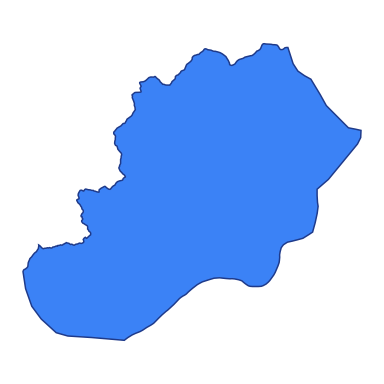 Add, Houaphan, Laos (Albers equal-area conic projection)
{"feature_id": "54806243B77566454903685", "entity_name": "Add", "entity_type": "district", "adm_level": 2, "iso_a3": "LAO", "parent_name": "Laos", "parent_adm1": "Houaphan", "projection": "albers", "projection_center": [103.803, 20.731], "detail": "fine", "context": "isolated", "style": "filled", "palette": "blue", "viewbox_px": 384, "rotation_deg": 0, "n_neighbors": 0, "source": "geoboundaries", "source_scale": "gbopen_adm2", "svg_char_len": 5765}
<svg xmlns="http://www.w3.org/2000/svg" viewBox="0 0 384 384"><path d="M287.9,47.5L286.3,47.5L284.9,47.8L284.0,48.6L283.1,49.3L282.0,49.6L280.8,49.6L280.0,49.2L279.3,48.2L278.6,46.9L277.4,45.3L276.3,44.9L274.4,44.7L273.0,44.7L271.2,44.3L269.9,44.2L265.8,44.0L265.0,43.8L264.2,43.7L263.3,43.8L262.5,44.4L261.9,45.3L261.2,47.1L260.6,48.5L259.8,49.6L258.0,50.7L256.8,51.1L255.4,52.8L253.9,54.2L253.1,54.8L252.2,55.5L250.3,55.8L246.3,56.8L245.0,57.1L243.2,58.3L239.2,59.5L237.4,60.7L236.2,62.1L235.0,63.9L233.8,64.6L232.0,65.4L231.3,65.4L230.0,64.9L229.5,64.1L229.5,63.2L228.3,60.5L227.2,58.8L225.9,56.6L224.1,55.2L222.2,53.8L220.0,52.6L218.0,52.0L215.3,51.3L213.9,51.3L212.6,50.9L211.1,50.2L207.7,49.7L206.7,49.1L205.6,48.8L204.8,48.9L204.0,49.5L203.5,50.5L202.1,51.7L200.5,52.7L198.9,54.4L197.5,54.5L196.0,55.1L194.6,55.4L193.3,56.2L192.3,57.4L192.2,58.4L192.2,59.3L190.8,61.3L188.2,63.4L187.1,64.1L186.4,65.0L184.6,69.5L183.7,70.2L182.1,70.7L181.3,71.1L180.8,71.6L180.5,72.6L179.6,73.3L179.0,74.0L178.3,74.8L177.1,75.2L176.3,75.6L175.4,76.6L175.3,78.4L174.8,79.2L172.0,81.6L171.7,82.4L171.3,83.2L170.1,84.6L169.8,85.1L166.7,85.1L165.2,84.9L164.2,84.4L163.6,84.3L162.7,84.3L162.0,83.5L160.2,81.8L159.6,80.6L158.9,79.7L157.7,78.9L156.4,77.8L155.4,76.6L154.8,76.5L153.8,77.1L150.7,77.0L148.9,77.6L146.8,79.6L146.0,80.3L144.6,81.3L143.0,81.8L142.6,81.8L140.8,82.0L140.1,82.2L139.7,82.6L139.7,83.2L141.0,85.9L141.1,86.3L140.3,87.7L140.1,88.4L140.4,89.3L141.1,91.3L141.0,91.9L140.3,92.2L139.2,92.3L135.9,92.4L135.0,92.5L134.3,92.9L133.6,93.6L132.2,94.6L132.1,94.8L132.1,95.3L132.2,95.6L132.5,95.9L132.5,96.1L132.3,97.0L132.3,97.8L133.7,101.2L134.4,103.4L134.3,105.5L135.0,107.3L135.1,108.6L135.3,109.6L134.6,110.7L133.0,113.0L132.2,114.9L131.4,116.0L128.1,118.4L127.2,119.0L126.7,119.9L126.3,120.9L125.9,121.4L125.1,123.0L124.5,123.4L123.6,123.4L123.0,123.6L122.3,124.4L120.8,126.0L119.1,126.9L117.0,128.2L116.2,129.3L115.4,130.2L114.7,131.2L114.1,131.7L113.8,132.2L113.7,133.0L113.9,134.0L115.1,135.3L115.5,136.1L115.3,138.3L115.3,139.7L114.9,140.9L114.6,143.2L115.1,144.6L115.6,145.4L116.8,145.9L117.1,146.4L117.6,148.1L117.8,149.1L118.8,150.4L119.8,151.6L121.2,153.1L121.6,154.0L121.6,155.0L121.2,156.1L121.1,158.0L120.6,159.4L120.6,163.5L120.0,164.7L119.6,165.4L119.6,166.3L119.0,167.3L118.9,168.1L119.6,169.8L120.3,171.2L121.6,172.4L122.8,173.9L124.4,175.0L125.3,176.5L125.3,177.0L124.5,177.4L123.2,178.5L123.0,179.1L122.7,179.9L122.1,180.3L119.5,180.9L117.4,181.7L116.0,183.1L114.8,185.2L113.9,185.6L112.8,186.3L112.1,187.0L110.6,188.9L110.1,189.3L109.7,189.3L108.7,189.2L107.2,188.2L106.0,187.2L105.4,186.6L105.1,186.4L104.5,186.4L101.9,187.8L101.5,188.0L100.8,188.4L100.3,189.0L99.4,189.4L99.1,190.1L99.1,191.8L98.9,192.1L98.0,192.1L96.5,191.7L95.2,191.2L94.3,191.1L93.7,190.8L93.3,190.4L92.0,190.4L91.4,190.3L90.3,189.9L88.2,189.7L86.0,189.1L85.5,189.1L84.8,189.5L83.7,191.0L83.0,190.9L81.7,190.2L80.3,190.3L79.8,190.9L78.6,193.0L78.2,194.1L78.1,195.4L78.9,197.4L79.0,198.1L79.0,198.7L77.0,199.7L76.8,200.1L76.8,200.6L77.4,201.6L77.9,202.7L79.9,204.5L80.8,206.2L81.5,207.1L82.1,209.2L82.9,209.9L83.3,210.7L83.3,211.5L83.0,212.6L82.0,213.6L81.6,214.5L81.2,215.2L81.0,215.7L81.1,216.1L81.2,216.6L81.4,216.7L81.8,216.9L82.0,216.8L82.2,218.0L82.8,219.0L82.7,219.2L82.5,219.7L81.9,220.3L81.7,220.6L81.7,221.1L81.7,221.6L82.1,222.2L82.9,223.2L84.2,223.8L84.7,224.2L85.4,224.7L86.2,225.1L86.9,225.5L87.2,225.8L87.5,226.2L87.6,226.9L87.7,227.6L87.6,229.0L88.4,229.9L88.6,230.6L88.8,231.0L89.2,231.4L90.0,232.0L90.6,232.9L90.7,233.1L90.7,233.7L90.6,234.8L90.5,235.0L89.9,235.3L86.7,238.3L86.4,238.3L85.4,237.3L85.1,237.4L84.0,238.3L83.2,239.5L83.6,240.5L83.8,241.6L83.8,241.9L83.6,242.1L83.4,242.4L83.1,242.7L82.0,243.3L81.5,243.4L80.8,243.4L79.9,243.1L79.6,243.1L78.9,243.3L77.6,244.0L75.9,244.2L75.5,244.4L74.3,245.2L73.9,245.2L73.4,245.0L72.9,244.8L72.1,244.3L71.7,244.2L70.6,244.5L69.9,244.0L69.4,243.8L69.1,243.4L68.8,243.3L67.3,243.0L66.2,242.6L65.9,243.0L65.6,243.3L64.8,243.5L64.5,243.6L64.3,243.8L64.0,244.1L63.8,244.2L63.3,244.2L63.2,244.3L62.8,244.8L62.5,245.0L62.1,245.1L61.3,245.1L60.5,244.9L60.0,245.2L58.6,245.5L57.8,245.5L57.6,245.6L57.3,246.2L57.1,246.2L56.6,246.0L56.2,246.0L55.6,246.3L54.2,246.9L52.9,247.0L52.7,247.2L52.1,247.8L51.7,248.0L51.4,248.0L50.8,248.0L49.5,247.6L48.3,248.0L47.5,247.8L47.3,247.8L46.1,248.2L44.5,248.3L43.4,248.7L43.0,248.6L42.5,248.4L42.0,248.0L39.7,245.6L38.7,245.0L38.8,245.7L38.4,248.1L38.2,248.9L37.6,249.6L36.8,251.0L36.3,251.8L35.7,252.1L34.4,253.2L32.7,255.3L31.8,256.7L29.9,258.6L29.4,260.0L28.7,261.5L28.2,262.9L28.0,265.1L27.8,266.6L27.1,267.6L25.3,269.1L24.2,269.5L23.5,270.2L23.0,271.6L25.6,288.7L31.8,306.3L41.2,319.0L56.2,332.7L67.8,336.0L91.5,337.5L124.3,340.3L127.8,337.6L132.2,334.9L135.4,333.4L140.0,331.6L142.6,330.2L146.8,327.4L150.9,325.1L153.6,323.3L156.2,320.7L158.5,318.3L162.1,314.8L166.1,311.3L167.6,310.2L173.8,304.5L179.4,298.6L181.0,297.3L182.8,296.1L184.7,295.1L186.3,294.0L188.4,291.9L190.9,289.7L192.7,288.2L197.2,284.7L198.9,283.7L201.1,282.5L202.5,281.8L210.0,279.4L214.1,278.2L219.6,277.8L226.0,278.5L229.9,278.8L232.1,278.7L234.4,278.9L238.5,279.7L240.4,280.3L241.8,280.8L244.5,283.1L246.4,284.5L248.4,285.8L250.1,286.3L252.4,286.5L258.5,286.5L261.2,286.3L263.0,285.7L266.0,284.1L268.3,282.1L269.8,280.5L273.7,275.1L275.2,272.4L278.0,265.8L279.1,262.6L279.4,260.6L279.7,257.3L279.6,254.8L280.1,251.8L281.2,247.8L282.3,246.2L283.5,244.7L287.4,242.2L292.3,241.1L297.4,239.8L302.9,238.3L308.8,234.6L312.6,232.1L315.2,222.6L317.2,213.3L318.1,206.3L317.5,202.4L317.1,195.5L317.1,189.2L328.4,179.4L357.5,144.0L360.7,137.6L361.0,130.4L355.6,129.2L348.4,127.8L326.3,105.6L320.3,94.8L310.9,79.2L304.5,75.7L297.9,71.1L293.1,63.7L287.9,47.5Z" fill="#3b82f6" stroke="#1e3a8a" stroke-width="1.5"/></svg>